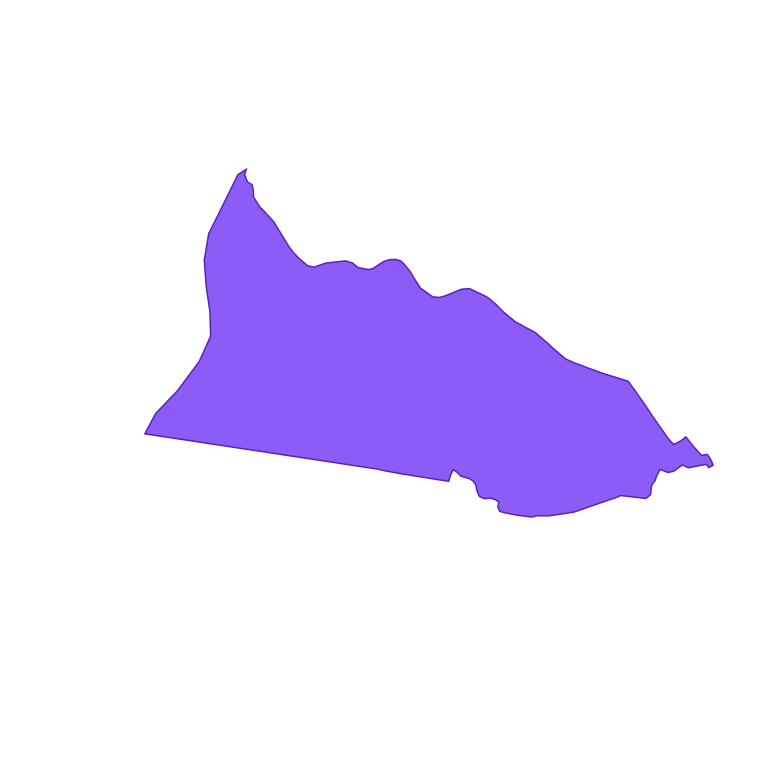 the district of Semienawi Mibrak, Maekel, Eritrea, rotated 235°
{"feature_id": "51966322B97443185109629", "entity_name": "Semienawi Mibrak", "entity_type": "district", "adm_level": 2, "iso_a3": "ERI", "parent_name": "Eritrea", "parent_adm1": "Maekel", "projection": "robinson", "projection_center": [38.952, 15.353], "detail": "fine", "context": "isolated", "style": "filled", "palette": "violet", "viewbox_px": 768, "rotation_deg": 235, "n_neighbors": 0, "source": "geoboundaries", "source_scale": "gbopen_adm2", "svg_char_len": 1779}
<svg xmlns="http://www.w3.org/2000/svg" viewBox="0 0 768 768"><g transform="rotate(235 384 384)"><path d="M638.8,394.2L639.3,384.4L618.4,346.4L607.7,326.6L588.4,307.7L565.3,294.0L542.9,282.8L522.6,269.4L508.3,245.3L496.9,210.8L490.8,180.2L483.9,166.4L480.3,159.5L466.1,174.5L317.6,330.3L313.5,333.8L307.9,339.4L300.7,346.5L291.5,356.0L283.0,364.8L275.0,373.0L267.2,381.2L270.9,385.7L274.2,391.6L269.3,393.3L264.4,394.2L257.1,399.9L253.6,401.2L249.0,401.5L243.1,398.8L237.1,397.7L232.5,400.4L229.7,405.4L225.8,408.7L221.3,410.4L217.9,406.6L213.3,405.8L209.1,409.1L199.9,418.1L195.4,423.1L190.3,428.6L188.4,433.6L181.5,443.3L175.8,454.6L170.2,465.9L167.8,474.2L164.9,484.6L163.4,489.8L161.5,496.5L159.7,502.8L158.2,507.8L156.8,514.0L140.0,532.9L140.4,538.9L144.7,542.5L147.8,545.6L149.3,550.5L152.3,554.6L155.7,561.1L148.6,565.9L146.4,571.2L146.5,582.0L140.8,585.3L133.4,601.8L129.2,602.3L128.7,607.0L132.2,607.9L136.6,608.5L141.1,608.3L143.4,603.2L153.9,601.8L167.6,600.9L167.1,594.8L168.3,586.6L176.1,585.5L183.5,585.5L196.0,585.5L205.4,585.5L214.2,585.8L223.0,585.8L233.5,585.8L246.2,585.6L264.3,571.6L268.8,568.1L274.1,564.6L280.6,559.9L287.2,555.6L292.1,552.0L300.5,547.1L316.8,542.8L321.5,541.9L339.5,537.4L347.8,533.1L359.8,527.2L374.5,523.1L384.7,521.4L394.5,518.9L398.5,517.1L407.0,512.2L413.2,508.7L417.2,501.8L418.5,496.3L420.9,485.4L422.9,479.4L427.3,474.0L433.2,471.8L441.9,468.8L452.7,469.3L461.0,469.9L469.1,469.4L474.7,468.5L479.2,465.2L482.7,459.9L484.5,453.9L485.0,440.8L486.6,437.0L494.1,429.6L501.2,427.6L506.9,423.1L516.4,405.8L519.8,393.8L524.8,389.2L535.8,386.4L543.2,385.2L550.8,384.9L580.2,386.7L595.4,384.7L599.9,383.8L612.3,384.4L616.7,387.5L622.7,390.3L627.8,388.1L635.2,389.8L638.8,394.2Z" fill="#8b5cf6" stroke="#5b21b6" stroke-width="1.5"/></g></svg>